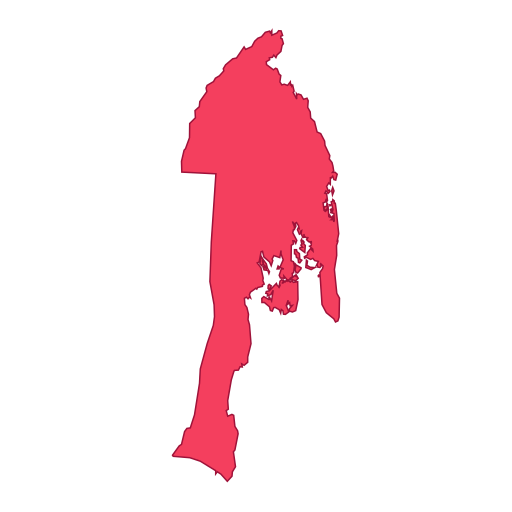 Buton Utara, Sulawesi Tenggara, Indonesia (Equal Earth projection)
{"feature_id": "22746128B51044624823813", "entity_name": "Buton Utara", "entity_type": "district", "adm_level": 2, "iso_a3": "IDN", "parent_name": "Indonesia", "parent_adm1": "Sulawesi Tenggara", "projection": "equal_earth", "projection_center": [123.089, -4.753], "detail": "fine", "context": "isolated", "style": "filled", "palette": "rose", "viewbox_px": 512, "rotation_deg": 0, "n_neighbors": 0, "source": "geoboundaries", "source_scale": "gbopen_adm2", "svg_char_len": 6089}
<svg xmlns="http://www.w3.org/2000/svg" viewBox="0 0 512 512"><path d="M227.3,481.3L232.0,476.2L232.4,471.8L235.5,466.7L233.4,451.8L234.9,450.0L238.1,433.8L237.6,430.8L234.9,426.4L233.7,415.3L231.9,414.4L227.7,416.2L226.2,410.6L228.3,409.2L227.7,400.6L231.3,379.9L233.8,371.6L234.4,370.4L238.4,370.1L240.1,366.7L242.3,367.0L241.7,363.9L244.1,365.3L247.7,362.3L247.7,357.0L251.0,343.7L249.5,324.8L248.0,319.5L248.5,314.3L246.9,307.5L244.9,304.6L244.4,298.3L246.4,297.2L248.0,298.8L249.4,297.1L250.5,297.9L249.4,294.7L250.4,292.2L255.8,288.3L256.8,289.1L257.7,287.5L262.4,286.4L262.4,285.1L264.2,284.1L262.8,280.5L263.2,278.1L261.0,267.9L257.2,262.9L259.1,262.0L261.1,251.7L262.5,251.3L263.9,257.0L269.5,261.9L271.2,265.7L272.8,260.5L272.1,259.0L273.9,255.6L279.8,257.6L281.0,250.5L281.0,253.8L283.2,259.8L279.9,267.4L283.8,268.9L281.3,269.0L279.2,275.3L280.4,278.0L284.2,278.2L283.9,276.0L287.2,279.8L290.3,279.9L290.0,278.4L292.6,276.6L292.2,273.4L293.6,272.7L294.4,266.1L293.4,261.7L291.1,260.7L291.3,245.3L293.5,243.9L292.9,240.8L294.3,240.9L295.7,243.4L296.8,240.4L292.8,232.8L293.4,229.8L294.4,229.6L294.4,226.7L292.4,221.5L294.2,224.2L294.9,228.3L295.9,226.3L295.3,223.2L296.5,222.5L298.5,225.7L299.1,228.6L298.1,228.1L297.4,229.6L299.4,234.2L300.7,233.4L300.8,231.1L301.6,230.6L301.1,233.7L302.9,237.5L305.0,237.2L303.8,236.1L304.0,234.0L304.2,236.2L307.2,238.3L308.3,237.1L306.6,239.7L308.8,241.8L311.3,241.7L311.4,243.0L311.0,241.9L310.3,242.6L311.4,243.8L311.2,245.5L309.6,246.2L312.7,249.0L313.0,251.1L310.5,248.7L307.3,252.9L307.6,254.8L304.3,256.8L304.6,258.2L306.3,257.3L310.6,259.4L312.9,258.4L314.7,260.6L318.4,261.4L316.4,265.5L317.3,265.0L317.5,267.0L319.9,267.5L321.1,266.2L320.5,264.0L320.7,263.7L323.1,266.0L322.6,268.6L319.9,272.4L322.0,304.5L326.3,312.7L333.8,318.8L335.5,322.0L337.9,320.9L339.1,317.1L339.5,298.2L336.8,293.3L334.4,269.5L336.7,255.4L336.5,245.5L337.8,241.7L337.9,239.7L337.0,242.0L338.7,233.7L336.3,210.5L335.3,203.2L334.2,203.1L334.3,200.9L332.8,199.6L332.6,201.3L331.2,201.8L333.0,209.6L332.3,212.0L331.0,211.4L330.8,212.6L333.9,213.5L334.3,220.8L333.7,221.9L333.7,219.8L331.2,219.7L333.0,218.3L332.6,216.3L331.2,217.6L329.9,215.5L329.7,217.1L328.8,216.6L328.2,208.2L326.6,210.3L325.3,211.4L324.0,210.3L323.1,202.9L325.3,202.0L326.3,198.8L326.7,201.6L327.5,200.5L326.6,193.8L324.8,193.2L326.0,190.9L328.2,193.3L330.0,191.5L329.5,190.1L328.1,190.5L326.6,186.4L328.8,182.9L330.3,184.4L330.4,177.0L330.8,178.5L332.7,176.2L333.9,179.6L335.7,180.1L337.2,174.2L335.1,172.3L332.5,172.4L333.7,170.9L332.9,166.0L332.0,162.5L329.3,159.0L329.8,155.6L325.0,145.4L324.6,141.1L320.7,133.6L317.1,132.0L314.5,121.6L310.7,118.1L310.2,111.9L307.7,107.4L308.2,100.8L307.0,98.2L303.5,99.3L301.0,94.9L298.2,94.0L297.2,94.9L296.5,93.8L296.7,99.1L293.2,92.4L294.1,91.1L292.7,85.3L291.8,86.3L291.4,84.6L290.5,85.0L290.3,81.9L287.6,85.4L284.2,84.2L281.8,84.9L279.9,81.9L280.8,75.5L279.1,74.1L277.2,69.0L275.7,68.2L273.4,69.8L266.5,64.6L266.3,61.7L269.7,59.7L269.3,57.8L272.4,57.3L273.8,55.1L275.9,57.6L277.0,55.0L280.9,51.4L282.1,45.3L283.4,43.7L282.1,38.8L280.9,38.4L280.8,36.2L282.6,35.5L281.1,30.9L278.7,30.7L276.9,33.0L271.8,35.2L271.8,30.7L270.4,32.9L269.6,31.1L265.3,32.3L261.5,36.8L257.9,38.2L254.7,41.2L251.8,46.6L245.6,49.4L244.1,46.9L236.5,58.0L232.7,58.8L225.6,64.8L223.3,68.7L223.8,70.9L219.4,75.8L215.4,78.2L213.5,81.6L207.1,85.4L206.1,88.0L206.8,91.7L199.8,101.6L199.3,106.7L195.0,110.6L195.4,117.8L189.7,123.5L189.5,137.7L185.5,148.7L184.1,150.2L181.5,161.3L181.8,172.1L215.9,173.8L211.3,242.1L209.9,281.6L214.1,304.8L214.5,316.7L213.3,325.5L207.2,343.6L200.3,368.9L199.5,383.4L194.5,414.9L190.3,427.9L186.9,428.4L184.6,431.5L181.5,444.4L179.2,445.9L172.5,455.2L173.2,456.3L189.8,457.7L200.3,461.2L215.7,470.7L215.7,473.9L217.3,471.8L220.9,474.1L227.3,481.3ZM283.6,281.2L281.8,279.6L280.0,281.2L279.3,285.2L280.1,285.2L279.0,287.8L278.8,288.1L279.1,286.5L277.3,285.7L276.4,283.4L269.3,290.8L266.3,291.5L265.8,293.3L267.7,293.8L267.4,295.9L270.8,294.6L273.2,290.2L271.6,300.9L270.6,298.9L268.8,299.5L263.8,296.6L261.8,298.4L261.9,302.5L264.4,302.5L269.5,306.8L270.4,310.5L272.3,311.1L273.7,307.6L275.2,307.4L279.2,309.7L280.7,313.2L281.3,309.5L282.9,310.7L283.5,314.2L285.4,314.4L288.8,311.9L286.2,305.5L288.1,300.2L288.0,304.1L289.6,302.6L290.1,305.8L292.4,305.4L289.5,308.7L289.1,311.0L292.4,312.0L295.7,310.6L298.0,299.6L297.7,281.7L293.3,282.4L292.0,280.6L290.4,282.1L287.6,280.4L286.8,281.9L287.2,280.5L286.3,280.1L285.0,282.0L283.8,280.5L283.5,282.5L282.8,283.1L282.3,282.9L283.6,281.2ZM296.5,249.7L294.5,249.7L294.5,253.8L295.8,254.4L296.5,257.5L298.0,258.1L298.5,262.4L299.8,262.9L301.8,260.2L299.8,259.1L299.4,253.6L296.9,251.6L296.5,249.7ZM302.2,241.3L301.6,239.3L301.0,240.5L301.9,244.5L300.9,245.1L302.6,247.3L300.1,247.5L299.7,248.7L304.8,252.5L305.3,245.5L303.3,243.1L304.1,242.1L303.0,240.7L302.2,241.3ZM301.1,267.8L296.1,264.9L295.1,269.5L295.8,272.1L297.6,273.0L301.0,268.8L301.1,267.8ZM310.0,267.2L306.9,265.2L307.5,261.1L306.4,260.2L305.8,267.5L311.2,269.6L314.8,267.6L310.0,267.2ZM298.2,278.3L296.1,274.7L295.9,276.3L295.0,275.4L290.8,278.9L295.5,280.9L298.2,278.3ZM263.2,263.8L262.4,261.2L263.0,259.4L261.2,256.4L259.9,263.7L261.6,265.6L263.2,263.8ZM267.4,268.0L266.3,263.8L263.1,259.5L263.3,264.4L267.4,268.0ZM328.1,206.5L327.2,202.8L326.4,206.5L324.4,206.7L323.9,209.0L326.2,210.5L328.1,206.5ZM269.3,289.9L271.3,285.9L269.2,284.4L268.2,285.5L268.0,288.4L269.3,289.9ZM332.5,194.9L334.0,190.9L332.7,187.4L331.7,190.7L332.5,194.9ZM264.3,265.9L262.9,266.4L264.0,269.9L266.6,270.3L266.6,268.1L264.7,267.8L264.3,265.9ZM278.1,266.0L277.1,268.9L279.1,268.9L279.3,267.2L278.1,266.0ZM268.9,273.5L269.5,271.7L268.4,269.8L267.9,270.7L268.9,273.5ZM295.4,264.0L294.3,262.8L295.1,265.4L295.4,264.0ZM331.0,210.9L331.6,209.7L331.3,209.0L330.4,209.5L331.0,210.9ZM260.2,259.1L260.9,256.2L260.8,255.5L260.2,256.9L260.2,259.1ZM330.9,204.9L329.6,204.8L330.0,205.8L330.9,204.9ZM269.5,298.5L269.8,297.3L269.2,296.9L268.9,297.7L269.5,298.5ZM319.2,274.5L318.2,275.8L318.6,277.3L318.8,275.4L319.2,274.5Z" fill="#f43f5e" stroke="#9f1239" stroke-width="1.5"/></svg>